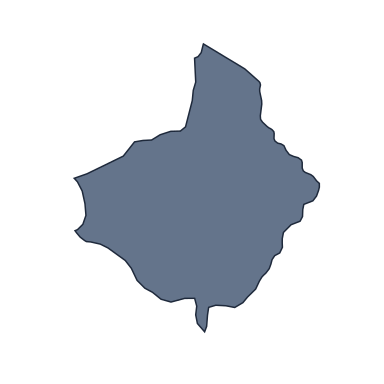 the border of Séno, rotated 341°
{"feature_id": "BFA-2876", "entity_name": "Séno", "entity_type": "Province", "adm_level": 1, "iso_a3": "BFA", "parent_name": "Burkina Faso", "parent_adm1": "", "projection": "equal_earth", "projection_center": [0.057, 13.966], "detail": "fine", "context": "isolated", "style": "filled", "palette": "slate", "viewbox_px": 384, "rotation_deg": 341, "n_neighbors": 0, "source": "natural_earth", "source_scale": "10m", "svg_char_len": 1490}
<svg xmlns="http://www.w3.org/2000/svg" viewBox="0 0 384 384"><g transform="rotate(341 192 192)"><path d="M251.0,55.7L282.0,92.8L291.2,109.1L291.8,110.7L291.6,113.1L289.5,116.6L288.7,119.2L287.6,128.2L286.6,131.6L281.4,142.2L280.5,145.6L281.4,148.9L284.2,154.3L285.5,156.3L286.9,157.7L288.0,159.2L289.0,161.6L288.7,163.5L286.9,168.2L287.0,170.7L288.9,173.7L291.8,175.5L294.0,178.1L294.5,183.2L296.2,188.3L299.7,191.5L303.5,194.1L305.9,197.5L305.8,200.0L304.0,205.3L304.1,208.3L305.5,210.4L310.0,214.3L311.7,216.8L313.5,222.2L315.2,225.3L314.0,228.9L312.1,231.8L308.4,236.4L303.4,239.7L293.7,240.1L291.0,244.7L288.5,251.2L284.7,254.8L275.0,255.2L265.3,260.0L262.2,265.4L260.7,269.6L259.5,273.7L255.1,278.2L249.5,279.1L245.7,282.0L243.1,285.9L240.0,289.7L235.3,292.8L232.5,294.0L230.3,295.2L226.7,298.2L220.6,304.5L210.3,309.4L204.1,313.2L194.8,315.1L187.0,310.6L177.6,306.8L170.2,306.5L166.6,313.4L162.1,323.8L158.4,328.3L154.3,318.1L155.5,309.4L159.3,301.5L159.9,293.4L150.5,290.2L136.3,289.2L127.8,283.3L122.0,274.0L116.1,267.6L111.3,257.7L109.8,244.4L106.6,235.0L94.3,217.5L88.3,211.4L79.9,206.2L76.0,204.5L74.5,202.7L71.6,198.3L69.6,193.1L68.8,190.5L71.5,190.3L78.3,187.0L84.1,179.6L87.0,168.2L88.5,155.3L87.0,145.1L85.1,140.7L98.7,140.6L138.7,135.7L154.0,125.9L162.4,127.3L170.7,129.7L180.5,127.5L191.6,127.7L200.8,130.6L207.1,128.3L222.0,105.7L226.3,96.3L231.3,89.3L238.0,66.3L241.8,66.0L246.1,63.2L250.9,55.8L251.0,55.7Z" fill="#64748b" stroke="#1e293b" stroke-width="1.5"/></g></svg>